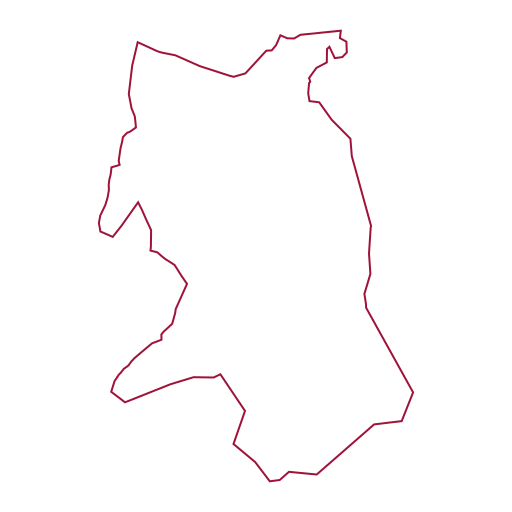 Kaga, Borno, Nigeria
{"feature_id": "59680162B15311652495769", "entity_name": "Kaga", "entity_type": "district", "adm_level": 2, "iso_a3": "NGA", "parent_name": "Nigeria", "parent_adm1": "Borno", "projection": "robinson", "projection_center": [12.335, 11.599], "detail": "fine", "context": "isolated", "style": "outline", "palette": "rose", "viewbox_px": 512, "rotation_deg": 0, "n_neighbors": 0, "source": "geoboundaries", "source_scale": "gbopen_adm2", "svg_char_len": 2010}
<svg xmlns="http://www.w3.org/2000/svg" viewBox="0 0 512 512"><path d="M413.1,392.4L366.1,307.7L366.0,304.2L364.4,293.9L370.4,273.9L369.0,253.5L370.7,227.4L371.1,226.1L351.8,156.1L351.2,148.5L350.4,138.7L331.7,119.8L319.2,102.3L309.5,101.1L308.2,93.3L309.1,82.9L309.8,82.4L310.2,81.7L309.6,79.5L309.0,78.1L316.4,67.9L326.8,62.4L327.0,49.1L329.4,46.8L334.8,58.1L342.3,57.1L346.8,52.5L346.4,41.7L339.9,38.1L340.8,30.7L340.7,30.7L300.4,34.8L294.1,38.5L287.3,38.3L280.4,35.3L276.1,45.1L271.7,50.4L266.3,50.7L245.4,73.4L233.7,76.8L228.8,75.5L199.7,66.1L175.4,55.3L161.8,52.6L157.5,51.3L137.7,42.2L132.2,65.6L129.6,87.4L128.8,94.1L130.3,101.7L131.5,108.2L134.7,116.1L134.8,116.7L134.8,117.1L134.9,117.3L135.4,121.6L135.4,121.8L135.6,123.8L135.8,126.1L135.8,126.3L135.8,126.6L135.9,126.8L135.9,127.0L135.9,127.3L135.9,127.5L131.1,130.9L129.2,132.1L127.2,132.7L124.6,135.3L122.9,137.2L122.2,141.4L120.5,148.4L118.7,160.8L119.6,164.9L115.7,166.1L111.5,167.3L110.7,174.2L109.3,179.9L108.7,185.0L108.9,190.1L107.7,197.0L106.9,200.0L106.2,202.1L105.2,205.4L105.1,205.5L100.3,215.5L99.5,219.7L98.9,223.0L100.4,231.5L109.2,235.3L110.3,235.8L112.7,236.9L121.4,225.9L138.1,202.3L142.0,210.0L146.3,219.8L151.1,230.1L150.9,246.3L150.5,250.6L157.3,252.3L162.1,256.5L165.4,259.1L174.6,265.0L181.6,276.0L187.0,283.9L175.7,309.1L175.2,312.9L172.2,323.8L163.6,331.7L161.5,334.3L161.4,334.4L161.5,339.7L156.4,341.7L152.1,343.3L147.5,347.1L141.2,352.4L135.8,357.0L135.6,357.2L134.4,358.2L132.4,360.4L132.3,360.5L131.1,361.7L130.4,362.8L128.5,365.4L127.0,366.6L123.8,368.8L123.4,369.3L123.2,369.7L121.1,372.3L121.0,372.5L120.9,372.5L120.7,372.7L120.7,372.8L120.5,373.0L118.4,375.2L117.7,376.5L117.5,376.8L117.4,376.9L117.4,377.0L117.2,377.1L117.2,377.3L116.1,378.8L114.6,381.0L111.2,391.8L125.0,402.3L170.3,384.3L193.6,377.2L213.6,377.5L220.4,374.3L245.0,410.9L233.5,444.0L255.2,462.1L269.8,481.3L279.7,480.0L289.0,471.8L292.8,472.2L316.7,474.5L374.1,424.4L401.7,421.1L413.1,392.4Z" fill="none" stroke="#9f1239" stroke-width="2"/></svg>